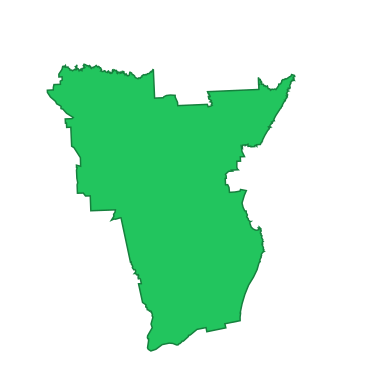 the district of Moyne, Victoria, Australia, rotated 259°
{"feature_id": "25037944B46844675944162", "entity_name": "Moyne", "entity_type": "district", "adm_level": 2, "iso_a3": "AUS", "parent_name": "Australia", "parent_adm1": "Victoria", "projection": "orthographic", "projection_center": [142.577, -38.188], "detail": "fine", "context": "isolated", "style": "filled", "palette": "green", "viewbox_px": 384, "rotation_deg": 259, "n_neighbors": 0, "source": "geoboundaries", "source_scale": "gbopen_adm2", "svg_char_len": 6058}
<svg xmlns="http://www.w3.org/2000/svg" viewBox="0 0 384 384"><g transform="rotate(259 192 192)"><path d="M227.4,81.6L222.9,81.6L221.0,80.6L212.7,79.3L211.7,85.1L208.4,86.7L207.6,91.4L192.9,89.1L189.1,113.4L186.7,112.5L185.1,110.8L183.1,110.7L179.7,107.5L180.3,110.0L179.9,111.9L180.4,117.2L180.8,117.4L134.9,118.2L134.9,119.0L132.8,118.7L132.4,119.1L130.2,119.6L129.1,119.0L126.7,120.1L126.8,121.2L125.9,121.7L124.2,121.4L123.0,119.9L122.9,121.1L121.3,121.8L121.3,123.3L120.4,123.7L119.9,123.0L119.1,123.3L118.1,122.7L117.0,122.8L117.2,124.0L116.5,124.7L111.7,124.8L112.1,122.0L93.0,122.4L90.0,125.3L88.2,124.7L87.6,124.9L87.2,125.7L85.0,125.6L84.4,126.9L83.2,127.5L83.3,128.1L82.6,129.2L81.9,128.9L81.7,129.3L79.3,129.7L78.0,129.2L76.7,129.8L70.2,126.6L66.4,127.1L59.3,121.0L57.4,120.4L56.4,120.7L56.2,121.3L54.3,121.0L47.5,118.6L45.9,119.1L43.8,121.3L44.5,126.6L47.9,133.6L48.0,140.8L47.0,144.3L44.8,147.7L44.6,149.2L45.6,150.4L45.5,151.1L46.8,153.3L47.5,153.8L47.3,155.1L50.9,161.0L51.9,161.2L52.0,163.0L56.2,170.7L56.2,179.9L52.0,179.9L52.1,188.6L52.2,199.3L56.4,199.1L56.5,214.7L60.0,215.3L63.5,216.5L64.3,216.6L64.3,216.3L72.7,219.8L81.5,224.4L89.8,229.8L96.7,236.1L103.4,241.1L109.0,243.9L110.8,245.2L110.7,245.6L112.4,245.6L114.9,247.5L115.5,247.3L116.2,248.1L117.7,248.2L119.3,249.9L119.9,251.4L120.2,250.8L121.6,251.5L121.9,251.0L123.8,251.5L126.2,250.9L127.5,251.5L127.9,251.4L127.8,251.0L129.2,251.5L129.7,252.3L130.0,251.8L131.7,252.4L133.7,251.6L135.9,252.3L136.6,251.5L137.8,251.9L138.3,251.3L139.9,251.6L140.1,252.2L140.9,252.5L142.1,251.5L141.7,252.2L142.5,252.7L144.8,251.2L143.7,250.9L143.9,250.3L142.9,250.7L142.3,250.3L142.1,248.6L142.3,247.4L143.9,245.1L146.3,243.4L150.5,242.8L151.4,243.1L151.8,244.0L151.9,243.4L153.7,242.0L155.0,242.1L157.2,241.0L158.9,242.0L161.4,241.2L162.9,241.6L163.5,240.1L167.3,239.2L171.6,239.0L178.9,242.8L183.0,245.6L185.2,240.1L183.7,239.3L183.8,234.1L184.5,228.7L189.4,229.2L192.4,228.4L192.7,226.3L199.0,227.2L198.9,228.3L201.5,228.6L203.0,228.2L205.3,231.9L204.8,235.8L205.9,235.1L205.0,241.6L206.0,240.9L207.8,240.7L213.6,241.9L213.0,245.5L217.3,246.1L216.7,250.3L222.2,248.8L227.1,249.1L225.7,249.9L228.3,250.3L228.1,253.2L227.4,253.1L228.2,256.0L226.1,255.7L225.7,258.5L225.1,258.5L224.6,262.3L225.6,262.5L225.6,263.7L224.7,264.3L226.1,264.5L225.6,268.2L227.0,269.0L227.2,269.8L228.3,270.3L228.6,270.9L229.5,271.1L233.7,274.3L237.9,278.0L239.0,279.6L239.6,280.0L240.2,279.6L240.4,280.4L241.0,280.0L240.7,281.0L241.3,280.7L241.2,281.2L241.6,280.8L242.7,281.3L243.3,282.4L244.1,282.8L244.2,283.8L245.4,283.6L245.2,284.5L246.5,285.5L246.3,286.4L247.7,286.2L251.0,288.8L257.0,294.6L257.6,295.6L258.6,296.1L259.3,297.2L260.1,297.2L262.9,299.5L263.6,300.7L264.3,300.5L264.1,301.1L265.5,301.8L266.3,302.9L266.9,302.9L267.1,303.6L268.2,303.1L268.1,303.9L269.2,304.4L269.7,304.4L270.0,303.7L270.8,303.6L272.6,305.2L272.7,306.0L273.4,305.1L274.3,305.1L274.6,306.1L275.5,306.4L274.8,307.5L275.5,308.2L278.1,308.3L279.9,309.8L281.0,309.7L281.2,310.4L282.5,311.6L282.1,312.1L282.4,312.4L282.1,312.5L282.4,313.0L282.2,313.5L282.8,313.2L282.8,313.6L283.9,313.7L284.6,313.0L285.4,313.4L285.7,314.9L286.9,314.8L288.3,312.2L286.7,311.0L286.5,309.8L285.2,306.9L285.0,305.8L285.4,305.1L284.7,304.1L285.0,302.6L284.3,301.5L282.8,300.9L281.2,299.5L281.3,297.7L279.9,297.4L276.5,293.9L277.3,293.1L277.1,291.3L277.7,290.2L276.9,288.4L278.3,288.1L278.9,286.5L281.7,286.2L281.3,284.7L282.4,284.0L282.4,282.9L284.0,282.7L284.5,280.8L285.9,281.3L286.6,280.5L287.2,281.2L288.4,280.4L289.4,280.5L289.6,279.6L291.8,279.0L284.8,277.9L284.7,278.6L283.9,277.9L279.9,277.2L287.5,226.4L285.4,226.7L285.1,227.4L284.6,227.2L283.6,227.9L283.2,227.3L282.3,228.0L282.0,227.6L282.5,226.3L280.1,226.3L278.2,228.4L277.8,228.5L277.1,227.0L276.6,228.0L275.4,228.8L274.2,227.7L273.3,228.3L272.7,226.6L272.6,224.1L275.1,223.7L279.5,194.5L282.8,194.9L288.4,193.6L290.1,193.9L291.3,189.3L291.6,185.3L290.8,182.5L290.0,181.7L291.3,173.2L315.5,176.8L319.3,177.4L319.6,177.0L318.4,176.0L318.2,175.0L317.6,175.0L317.8,174.1L316.5,172.7L316.6,170.9L315.8,169.8L316.2,169.2L315.9,168.1L316.4,167.0L315.6,165.0L314.6,164.8L314.4,163.6L313.6,163.0L314.2,161.7L313.5,160.6L315.2,158.1L316.8,157.8L318.3,156.7L318.7,155.8L320.3,155.4L321.3,154.3L321.4,153.8L318.7,152.7L318.3,152.0L318.4,150.7L320.5,149.9L319.9,148.9L320.4,149.0L321.4,147.7L322.7,148.2L323.2,147.9L323.5,147.2L322.5,147.2L323.0,146.9L322.8,146.7L323.1,145.9L322.4,145.9L322.3,144.8L323.2,144.9L322.6,144.1L323.1,144.1L323.6,143.0L322.5,141.4L323.2,141.0L324.2,141.7L324.6,141.1L325.6,141.1L325.9,140.7L325.6,140.1L326.9,138.8L326.3,138.4L327.0,137.4L326.2,137.0L325.4,137.4L325.4,136.9L324.1,136.4L323.8,134.9L324.3,134.1L324.9,134.4L325.0,133.5L325.2,134.2L325.5,133.4L326.7,133.1L326.4,132.3L325.4,131.9L326.2,130.3L327.5,129.7L327.8,129.0L327.3,128.7L327.3,126.8L328.2,126.4L328.3,125.6L329.3,126.5L331.4,125.9L331.5,124.9L332.5,124.8L333.1,124.2L332.8,123.1L334.5,122.1L333.6,120.6L333.6,119.7L332.8,119.3L333.3,117.9L332.5,116.8L333.3,116.2L334.5,116.4L335.6,115.5L334.7,114.8L335.5,114.4L336.0,113.6L335.9,112.9L337.2,111.9L338.0,110.4L337.4,110.0L337.1,110.2L336.7,109.4L334.9,110.5L334.7,109.9L334.4,110.1L334.2,109.4L334.5,109.0L333.8,107.8L332.1,107.1L332.8,106.5L333.9,106.5L333.3,105.5L332.8,105.5L333.0,104.9L332.5,104.3L334.5,103.9L336.0,102.3L338.8,103.4L337.6,102.5L337.4,101.7L336.8,102.4L336.0,101.5L335.5,102.3L334.2,102.1L334.0,101.4L334.7,100.4L333.8,97.8L334.6,97.2L334.9,95.6L336.1,95.5L337.7,94.1L338.4,94.0L338.2,93.4L338.5,92.9L338.5,91.9L340.2,91.9L339.1,90.8L339.2,90.3L339.9,90.4L339.9,89.0L337.2,87.8L333.1,83.8L330.3,83.3L329.9,86.4L326.7,86.0L325.9,83.8L322.8,83.4L323.8,77.0L321.3,75.9L318.7,75.3L319.5,69.4L317.3,69.1L312.2,71.2L307.0,75.3L304.4,76.0L301.5,79.5L300.6,79.9L299.5,79.3L298.8,79.4L298.0,81.1L293.2,83.9L287.8,89.7L286.9,88.2L287.9,81.5L283.7,80.9L283.6,81.9L279.3,81.3L278.7,85.4L259.9,82.6L258.1,84.6L247.0,89.0L238.5,87.6L240.4,83.7L238.0,83.3L237.6,83.9L235.6,82.8L227.4,81.6Z" fill="#22c55e" stroke="#15803d" stroke-width="1.5"/></g></svg>